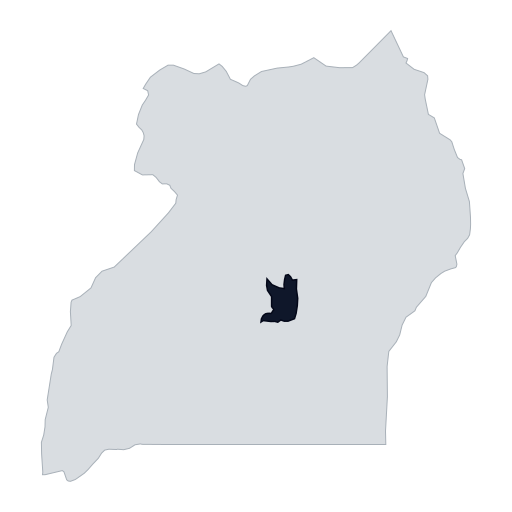 location of Luweero within Uganda
{"feature_id": "UGA-3092", "entity_name": "Luweero", "entity_type": "County", "adm_level": 1, "iso_a3": "UGA", "parent_name": "Uganda", "parent_adm1": "", "projection": "albers", "projection_center": [32.54, 0.844], "detail": "fine", "context": "in_parent", "style": "filled", "palette": "ink", "viewbox_px": 512, "rotation_deg": 0, "n_neighbors": 0, "source": "natural_earth", "source_scale": "10m", "svg_char_len": 2779}
<svg xmlns="http://www.w3.org/2000/svg" viewBox="0 0 512 512"><path d="M385.8,444.5L377.1,444.5L363.0,444.5L348.9,444.5L334.8,444.5L320.7,444.5L306.6,444.5L292.5,444.5L278.4,444.5L264.3,444.5L250.2,444.5L236.1,444.5L222.0,444.5L207.9,444.5L193.8,444.5L179.7,444.5L165.6,444.5L151.5,444.4L143.2,444.4L141.5,444.2L140.4,443.9L135.0,444.8L129.5,448.3L123.7,449.7L117.4,449.2L116.6,449.5L113.4,449.4L108.9,449.2L104.7,450.1L101.6,453.1L98.3,458.3L92.6,464.3L88.0,469.6L84.2,473.3L75.3,479.5L70.5,481.3L68.2,481.0L66.7,479.8L64.0,471.9L62.3,470.6L45.1,474.7L42.5,474.7L42.8,472.3L41.6,453.7L41.4,442.3L43.7,435.1L45.0,426.9L45.2,419.6L48.3,407.3L47.2,399.9L51.3,373.9L52.4,369.7L54.0,357.2L56.5,353.3L58.8,351.8L61.7,344.1L67.3,331.8L71.2,325.5L70.4,311.6L71.1,302.2L72.0,300.1L80.2,296.6L91.0,287.9L95.6,277.7L102.0,271.2L114.4,267.0L114.4,266.9L151.2,231.8L168.4,212.9L175.8,203.2L176.1,199.7L177.5,195.1L174.5,191.6L171.0,188.3L169.8,185.3L166.7,183.8L162.3,183.9L159.4,181.7L156.1,177.4L152.8,174.7L142.4,174.9L134.4,170.6L134.5,164.6L137.7,152.9L143.8,139.5L144.1,135.8L143.3,132.7L141.8,130.0L139.0,127.3L136.5,124.1L138.5,114.5L142.3,105.0L145.5,100.3L148.6,95.0L147.7,90.7L143.2,88.5L145.6,84.3L150.4,77.2L159.8,70.0L168.0,65.2L173.5,65.2L184.2,69.0L193.9,73.5L199.2,73.8L205.7,71.9L219.0,63.9L222.2,66.4L226.2,71.3L230.4,79.3L238.8,83.0L242.8,85.6L245.7,86.3L247.3,85.6L250.5,79.3L254.4,75.9L261.5,71.5L277.2,68.1L288.5,67.0L293.2,66.3L301.2,64.2L313.8,57.7L326.1,66.1L339.6,67.7L352.6,67.6L356.6,65.1L358.9,63.1L372.5,49.4L391.0,30.7L403.4,56.9L407.6,58.5L407.0,60.8L406.0,63.0L414.1,69.3L424.0,72.6L427.6,75.8L427.9,79.3L424.6,94.7L425.2,99.0L428.4,114.4L434.3,117.9L439.6,133.3L450.2,139.9L451.8,141.8L454.2,149.3L457.5,157.5L460.0,159.4L461.6,159.8L464.7,168.6L462.9,173.5L465.4,188.3L469.4,201.6L470.5,217.5L470.6,224.5L470.4,228.8L469.6,234.8L467.7,238.3L464.3,241.7L460.6,247.1L457.3,252.8L455.2,255.6L456.9,264.2L456.4,266.5L455.6,267.6L450.8,268.9L444.6,271.2L440.9,273.5L435.6,277.8L431.4,282.6L425.8,296.4L416.4,307.2L414.9,310.8L406.0,317.2L402.1,325.1L399.7,334.9L396.3,341.8L388.8,351.4L387.1,366.5L387.4,396.7L385.5,431.0L385.8,444.5Z" fill="#d9dde1" stroke="#a8b0b8" stroke-width="1"/><path d="M288.3,274.6L290.5,276.7L292.4,280.1L296.7,279.6L296.4,289.0L297.7,298.3L297.3,305.6L296.1,313.4L294.5,318.7L288.0,321.2L284.3,321.2L280.8,320.0L277.8,322.2L274.8,321.4L270.9,321.5L263.4,320.6L262.2,321.2L261.0,322.0L261.4,318.9L262.9,316.0L264.1,314.8L265.6,313.8L267.4,313.4L269.3,313.3L270.9,313.5L271.8,312.7L272.6,311.2L273.7,309.9L273.3,308.6L272.3,307.7L271.6,306.4L271.6,296.6L267.5,290.4L266.6,285.4L267.0,278.9L272.0,284.7L279.2,287.9L284.3,288.6L284.0,284.5L284.6,279.5L285.6,275.3L288.3,274.6Z" fill="#0f172a" stroke="#020617" stroke-width="1.5"/></svg>